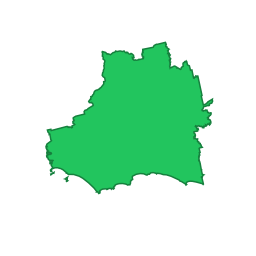 Mid-Coast, New South Wales, Australia, rotated 68°
{"feature_id": "25037944B78442704405462", "entity_name": "Mid-Coast", "entity_type": "district", "adm_level": 2, "iso_a3": "AUS", "parent_name": "Australia", "parent_adm1": "New South Wales", "projection": "natural_earth1", "projection_center": [152.11, -32.076], "detail": "fine", "context": "isolated", "style": "filled", "palette": "green", "viewbox_px": 256, "rotation_deg": 68, "n_neighbors": 0, "source": "geoboundaries", "source_scale": "gbopen_adm2", "svg_char_len": 5732}
<svg xmlns="http://www.w3.org/2000/svg" viewBox="0 0 256 256"><g transform="rotate(68 128 128)"><path d="M99.7,203.5L101.9,203.7L103.8,203.0L104.5,203.5L104.6,202.8L109.7,203.9L111.1,203.7L112.5,209.1L114.2,210.7L114.6,209.9L115.1,209.9L114.9,210.5L115.3,211.2L116.4,211.4L117.5,210.9L117.5,211.3L118.8,211.3L119.4,210.5L120.1,211.4L119.8,211.9L120.0,212.3L121.0,212.7L121.4,212.1L121.0,210.0L122.2,208.6L123.1,208.6L123.3,209.2L122.9,209.9L123.2,210.1L122.7,210.6L123.1,211.3L121.8,212.3L122.5,213.2L123.6,213.0L123.5,213.6L122.8,213.7L124.2,214.1L125.4,213.9L126.1,213.3L127.3,213.6L128.3,212.9L129.1,212.9L129.0,211.6L129.8,210.4L129.8,209.8L130.0,209.7L130.6,210.9L131.8,211.5L130.6,212.2L130.7,213.1L131.1,213.5L130.8,213.6L132.0,213.6L132.7,212.4L134.1,213.2L135.8,212.6L136.8,213.2L138.0,215.7L139.5,215.8L139.9,215.0L138.0,214.8L137.4,213.5L137.5,210.8L138.4,208.3L140.6,205.4L142.5,203.8L146.2,201.9L146.8,202.1L147.0,201.4L148.6,200.8L150.7,195.8L154.4,191.3L157.7,188.7L164.0,185.1L170.9,182.0L175.0,180.8L175.5,181.2L175.7,180.1L177.8,179.6L177.6,178.2L176.7,178.3L176.3,177.7L175.9,177.9L175.5,177.5L175.1,174.7L175.9,171.8L176.4,170.8L177.1,170.6L177.1,169.6L176.7,169.4L177.2,167.3L177.9,166.3L178.4,166.3L178.0,165.5L179.2,164.3L178.6,163.3L177.9,163.7L177.5,163.5L176.7,162.2L176.8,161.8L176.0,161.1L176.0,158.7L176.4,156.6L177.5,153.7L179.2,151.0L180.9,149.5L180.8,148.5L181.4,147.6L180.2,146.4L178.3,145.6L178.0,144.7L177.6,144.6L177.5,143.0L174.9,142.4L174.3,141.5L174.0,137.7L174.8,133.7L176.4,130.5L178.4,128.6L178.8,127.7L178.3,126.7L178.9,125.5L178.1,123.8L178.8,121.3L180.4,119.1L181.3,118.7L180.9,117.9L182.5,115.0L184.4,112.8L185.8,109.9L188.9,106.1L195.3,100.1L196.4,99.9L198.0,98.2L201.5,95.7L202.6,95.6L202.3,94.7L201.3,95.2L200.4,94.2L200.1,92.5L200.5,90.5L201.5,88.3L203.7,84.9L207.5,79.9L208.5,79.5L208.3,79.1L201.8,78.1L200.4,78.6L201.5,77.6L200.0,76.4L199.8,75.3L198.8,76.5L194.8,75.8L194.5,75.4L194.1,75.7L188.1,74.4L185.7,74.1L185.0,74.2L184.9,74.6L184.3,74.5L184.3,74.0L182.2,73.6L182.2,73.3L181.1,73.1L181.2,72.7L179.9,72.4L180.0,71.6L177.5,71.1L177.6,70.3L173.6,69.7L173.3,69.1L173.7,66.4L172.3,66.9L171.1,66.6L170.4,67.1L169.4,66.8L168.9,67.8L167.7,67.5L167.1,67.9L167.0,68.4L166.4,68.6L164.2,67.6L164.1,68.7L162.9,69.4L162.7,70.7L161.0,70.3L161.3,69.0L160.2,68.8L160.3,68.4L159.9,68.2L158.5,68.1L157.5,68.7L156.5,68.4L156.2,68.2L156.9,64.7L155.8,64.5L156.0,63.4L154.5,63.2L154.2,64.4L153.1,64.2L151.8,65.0L151.4,64.6L151.9,64.4L151.8,63.9L152.4,62.8L152.4,61.4L153.1,61.2L153.8,60.2L153.7,59.6L154.6,58.8L155.5,58.9L156.1,57.8L155.1,57.5L155.4,57.0L154.8,56.7L155.3,56.4L155.3,55.2L154.2,54.9L155.3,54.3L154.1,52.7L154.6,51.9L155.6,51.4L155.2,51.1L155.4,50.6L154.1,50.6L154.4,49.3L152.9,48.8L151.1,48.9L150.0,50.5L149.2,49.8L148.3,50.5L148.0,50.1L148.3,49.6L147.4,48.1L147.1,48.1L147.1,47.0L146.5,46.0L145.2,45.3L144.9,45.7L145.1,45.9L144.8,46.8L144.1,47.7L143.7,47.5L143.3,48.3L141.0,48.1L140.8,49.0L140.5,49.1L140.9,49.7L140.1,51.2L140.5,51.8L139.6,52.7L138.8,52.5L137.9,50.9L136.5,49.8L136.9,48.3L137.0,45.8L137.6,44.6L137.5,44.1L136.6,43.8L136.2,43.2L136.3,41.0L134.7,39.4L133.7,39.5L132.9,39.0L133.7,44.2L134.3,44.7L134.4,45.8L135.0,47.1L134.8,49.5L125.8,48.1L125.6,47.2L106.0,43.8L105.7,44.5L106.3,44.8L105.6,45.4L105.9,45.4L105.8,45.9L106.2,46.2L105.7,47.2L106.7,48.1L106.3,48.5L98.1,47.0L97.9,48.4L93.3,47.8L91.8,49.2L88.6,48.7L88.5,49.3L87.7,49.1L88.0,50.0L87.7,50.5L88.4,51.4L88.2,52.1L88.9,52.9L91.5,53.8L91.7,55.4L92.2,56.2L93.1,56.6L93.3,57.5L91.1,59.1L90.9,60.1L90.2,59.8L88.1,61.4L87.9,62.8L88.3,64.7L88.0,64.7L87.7,65.9L88.1,66.5L86.1,66.2L85.3,65.1L84.6,64.9L84.3,65.2L83.0,64.0L82.8,64.5L81.7,64.0L81.5,64.4L80.5,64.3L80.2,63.8L80.6,63.2L79.5,62.4L78.6,63.0L76.6,63.0L76.8,62.3L76.1,61.5L75.5,62.1L74.8,61.9L75.2,62.7L74.3,62.6L73.9,63.3L72.9,62.1L71.2,62.3L71.1,61.5L70.2,61.0L70.2,60.5L68.2,61.8L67.4,61.5L66.6,62.5L65.6,62.0L65.2,61.3L64.5,61.2L64.4,61.7L62.7,61.0L62.7,60.6L61.4,69.5L61.0,70.3L61.3,72.9L62.6,74.4L60.6,84.9L62.0,85.4L62.2,85.1L62.6,85.8L63.3,85.8L63.1,86.0L64.8,87.5L65.2,87.2L66.4,87.9L67.2,87.2L68.1,87.7L68.3,87.1L69.4,87.8L68.9,91.5L68.4,92.0L68.7,92.4L68.4,94.5L68.0,95.5L67.5,95.8L67.5,96.9L65.9,97.9L64.5,97.6L65.2,97.1L65.1,96.2L64.7,95.9L64.2,96.3L62.7,95.6L60.5,96.7L60.0,97.3L60.4,98.4L60.2,98.8L58.9,99.9L57.9,99.9L57.2,100.8L57.6,101.5L57.0,102.2L55.1,102.8L55.1,104.3L53.6,106.5L53.0,109.5L52.0,110.6L52.8,111.9L52.5,113.6L53.5,116.8L52.2,118.1L52.2,118.7L51.6,118.9L51.6,119.7L49.6,120.4L47.5,123.1L47.9,123.6L48.7,123.3L50.0,124.1L50.7,124.0L51.6,124.9L52.4,124.5L53.5,124.6L54.7,125.3L56.4,124.3L57.4,124.4L59.4,126.0L60.6,126.2L61.1,127.0L63.9,127.7L65.1,129.1L66.6,129.8L67.3,130.8L69.5,132.2L71.2,131.8L72.7,130.8L75.7,131.4L76.2,132.1L75.9,133.2L78.1,134.0L80.4,138.0L80.5,139.0L81.2,140.1L81.0,140.8L81.4,142.1L81.0,143.1L81.2,144.6L81.9,145.8L83.8,147.3L84.2,148.5L85.2,149.4L85.0,150.7L86.1,150.9L86.5,151.6L87.5,151.8L87.6,152.9L88.6,154.5L90.0,154.3L90.7,152.9L90.7,152.2L92.9,151.5L94.1,151.9L95.0,157.6L95.7,159.1L95.5,161.3L96.4,162.6L98.8,163.0L97.5,172.1L98.0,174.9L99.1,175.4L100.6,175.0L101.1,175.4L101.0,176.0L101.4,176.7L103.0,177.2L103.5,176.5L104.8,176.1L105.2,179.3L106.6,179.4L106.7,180.2L105.2,181.4L105.5,182.1L105.0,183.3L104.3,183.1L103.7,183.9L101.6,200.2L100.3,200.0L99.7,203.5ZM153.6,204.0L152.1,203.2L151.7,203.4L151.0,202.6L151.2,204.0L151.9,204.2L151.9,204.9L151.7,205.2L151.7,205.3L152.1,204.8L152.5,205.5L152.1,204.2L152.7,204.6L153.3,204.4L153.6,204.0ZM141.5,213.3L141.7,214.6L142.2,213.8L141.5,213.3ZM153.9,204.2L154.2,205.0L154.5,205.0L154.5,204.3L154.2,204.4L154.1,203.9L153.9,204.2ZM142.3,216.3L141.9,216.9L142.5,217.0L142.3,216.3Z" fill="#22c55e" stroke="#15803d" stroke-width="1.5"/></g></svg>